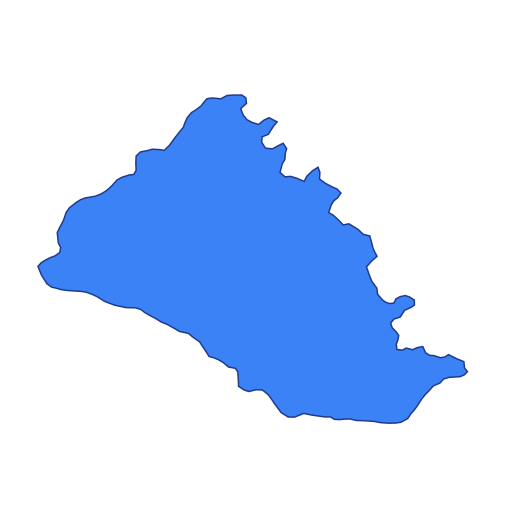 Guará, São Paulo, Brazil (orthographic projection), rotated 183°
{"feature_id": "56859067B28755744533037", "entity_name": "Guará", "entity_type": "district", "adm_level": 2, "iso_a3": "BRA", "parent_name": "Brazil", "parent_adm1": "São Paulo", "projection": "orthographic", "projection_center": [-47.789, -20.493], "detail": "fine", "context": "isolated", "style": "filled", "palette": "blue", "viewbox_px": 512, "rotation_deg": 183, "n_neighbors": 0, "source": "geoboundaries", "source_scale": "gbopen_adm2", "svg_char_len": 2765}
<svg xmlns="http://www.w3.org/2000/svg" viewBox="0 0 512 512"><g transform="rotate(183 256 256)"><path d="M473.2,234.2L469.4,226.1L466.7,222.1L463.4,217.4L458.4,214.2L453.8,213.4L448.4,212.2L442.3,211.7L428.6,211.5L423.8,211.0L417.5,209.1L412.4,207.0L404.4,202.6L394.6,199.5L383.2,197.7L373.4,197.9L368.2,196.6L364.4,193.9L358.8,191.0L353.5,188.6L346.9,185.0L341.2,183.1L334.3,179.7L328.2,176.6L319.5,175.2L314.4,171.4L307.9,167.4L300.3,157.1L297.6,153.2L292.5,152.1L288.4,150.6L283.3,148.0L277.7,143.7L270.8,142.8L268.1,139.4L267.0,130.1L266.6,124.9L260.3,121.4L255.9,120.3L248.9,122.5L242.5,122.5L236.4,118.0L232.5,113.2L229.7,109.4L226.5,105.6L222.8,101.0L215.4,96.9L208.9,97.2L200.1,101.3L192.3,100.1L179.0,98.9L173.0,99.2L169.3,97.0L163.6,97.0L158.8,97.8L153.7,98.2L147.2,97.0L139.6,97.2L129.6,97.0L122.8,96.1L115.0,96.0L107.9,96.5L102.7,97.5L96.1,101.5L92.8,107.0L90.1,110.2L86.8,115.2L83.1,121.9L80.0,126.1L76.4,130.2L72.1,135.6L65.6,138.8L62.3,142.9L56.9,144.9L52.0,145.5L45.8,146.2L41.6,148.3L38.8,151.6L41.9,155.1L42.9,161.4L49.9,163.8L54.3,165.7L58.6,167.6L62.1,165.0L66.6,164.1L73.3,165.9L77.5,165.9L81.6,168.3L84.7,174.3L90.4,172.9L94.7,170.6L101.2,171.9L104.8,169.7L110.4,170.0L111.3,175.2L109.9,179.7L109.3,184.1L112.2,187.8L116.2,191.4L118.0,196.2L114.8,200.3L108.8,202.6L104.7,209.6L98.8,212.6L95.2,215.3L95.6,220.3L100.7,223.2L105.0,224.3L110.0,222.9L114.0,220.5L115.8,216.2L120.2,215.5L124.4,216.7L128.0,219.3L132.5,224.1L133.7,230.3L139.0,236.7L141.9,243.0L145.1,251.0L140.1,257.2L135.1,262.0L137.7,266.3L139.7,270.3L141.4,275.9L143.4,282.0L150.0,283.2L155.3,287.8L164.9,293.0L170.5,291.6L176.5,297.1L180.8,300.6L185.7,303.2L183.5,311.1L181.2,315.2L177.6,318.3L174.5,323.3L178.5,327.1L182.8,328.7L190.3,332.1L196.6,336.2L196.6,342.9L198.7,347.9L204.0,344.1L209.4,338.3L211.8,333.0L219.7,335.9L225.5,337.3L231.2,336.6L236.4,340.7L234.6,349.3L232.2,354.0L232.1,360.4L231.0,364.8L234.8,370.0L239.9,367.1L245.3,363.8L252.3,364.3L256.2,369.8L256.2,375.3L250.0,378.2L247.8,382.2L245.1,386.9L241.9,391.0L250.2,394.8L255.3,392.0L260.3,387.5L266.6,389.1L272.3,391.7L276.3,396.3L279.0,402.4L273.5,407.9L274.4,413.4L278.6,416.0L287.3,415.5L293.3,414.8L299.2,411.2L308.3,411.5L313.2,410.5L316.1,406.8L318.8,402.9L323.3,399.1L328.1,395.7L332.0,390.4L334.0,385.2L335.3,380.7L338.2,376.9L344.0,368.6L348.1,362.2L353.1,356.7L358.3,357.2L365.2,357.2L370.1,355.5L376.8,353.9L380.9,349.6L380.9,342.9L380.2,335.3L382.4,331.0L386.7,330.3L393.8,327.7L398.7,324.7L404.0,318.1L408.8,313.4L413.4,310.2L419.5,307.3L429.8,305.0L434.0,303.1L438.2,300.2L444.8,294.4L447.8,289.7L450.2,281.3L453.5,274.2L455.7,269.0L454.1,258.7L451.5,254.2L452.2,249.2L456.7,245.6L461.8,243.4L466.0,240.9L470.1,238.1L473.2,234.2Z" fill="#3b82f6" stroke="#1e3a8a" stroke-width="1.5"/></g></svg>